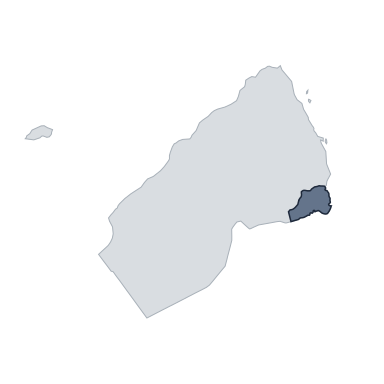 Yemen, with Sa`dah highlighted, rotated 163°
{"feature_id": "YEM-150", "entity_name": "Sa`dah", "entity_type": "Governorate", "adm_level": 1, "iso_a3": "YEM", "parent_name": "Yemen", "parent_adm1": "", "projection": "equal_earth", "projection_center": [43.78, 17.066], "detail": "fine", "context": "in_parent", "style": "filled", "palette": "slate", "viewbox_px": 384, "rotation_deg": 163, "n_neighbors": 0, "source": "natural_earth", "source_scale": "10m", "svg_char_len": 4256}
<svg xmlns="http://www.w3.org/2000/svg" viewBox="0 0 384 384"><g transform="rotate(163 192 192)"><path d="M299.6,159.7L287.7,165.4L284.5,168.0L281.7,171.1L279.6,175.0L278.2,181.9L279.4,188.2L279.4,191.6L276.3,193.8L273.4,195.5L270.2,197.9L268.2,198.5L266.7,200.5L264.8,201.9L258.1,205.4L250.8,208.2L239.2,211.5L234.7,215.0L230.6,217.5L224.4,218.2L215.8,221.6L211.1,224.4L205.2,228.8L203.9,230.2L202.9,233.5L201.1,236.3L197.6,240.9L194.9,243.3L193.1,243.5L189.6,244.8L185.5,245.0L178.6,243.4L176.9,244.5L175.4,246.3L170.1,249.5L164.7,255.9L160.8,257.6L154.4,259.6L149.9,262.2L146.9,263.3L143.0,263.8L135.8,263.6L129.0,264.5L122.7,266.3L119.8,269.7L116.4,275.1L110.9,277.3L109.6,279.3L107.9,283.2L104.3,284.3L101.1,284.9L97.7,283.2L91.5,288.0L89.1,288.8L85.6,289.0L83.0,290.0L81.2,289.7L78.9,287.8L74.1,285.5L70.6,287.0L70.3,282.5L64.4,268.6L65.6,256.6L65.6,254.9L64.5,249.5L61.0,244.6L61.1,238.4L60.0,233.9L59.0,229.4L59.3,228.1L59.4,227.0L57.6,220.0L57.0,218.6L56.8,217.1L57.4,216.0L57.4,214.7L56.4,212.5L55.5,208.4L50.7,205.2L51.7,202.2L52.6,203.2L53.9,204.1L54.1,202.2L54.1,200.7L52.2,191.6L55.1,179.5L54.2,168.6L58.6,164.2L59.8,162.9L60.4,161.7L61.5,159.2L62.9,158.4L63.4,155.8L63.4,154.5L62.5,153.4L61.8,150.3L62.0,146.4L62.2,144.8L62.7,141.9L64.3,140.8L64.7,139.9L63.5,138.0L63.6,136.9L66.2,133.8L67.3,132.9L69.0,131.9L70.3,131.9L71.9,132.5L73.2,133.4L74.6,134.9L76.0,136.7L78.2,137.4L79.6,137.3L80.9,138.0L81.9,137.6L83.0,136.7L84.9,136.7L86.5,135.7L91.3,135.2L95.8,135.5L100.6,134.6L105.4,134.7L110.2,134.8L111.2,134.9L112.3,135.4L116.3,138.2L119.4,138.8L125.6,139.5L132.2,140.3L137.9,141.0L142.7,140.4L146.7,139.8L147.8,139.9L149.0,141.7L151.5,145.9L153.8,149.9L157.8,150.2L160.3,148.6L163.1,146.5L164.9,144.9L166.8,138.3L168.1,134.1L171.0,129.3L173.4,125.4L176.7,120.1L178.4,117.2L182.0,111.4L185.4,109.2L191.9,104.9L198.3,100.6L202.5,97.9L206.1,96.6L212.0,95.5L219.1,94.3L226.1,93.0L233.6,91.6L241.9,90.1L247.7,89.1L255.0,87.8L261.0,86.7L266.4,85.7L272.0,84.7L273.1,87.9L274.2,91.0L275.3,94.2L276.4,97.4L277.5,100.6L278.6,103.8L279.7,107.0L280.8,110.2L281.9,113.4L283.0,116.5L284.1,119.7L285.2,122.9L286.3,126.1L287.4,129.3L288.6,132.5L289.7,135.7L290.7,138.8L292.5,139.9L293.5,142.8L295.0,147.0L296.6,151.3L298.1,155.5L299.6,159.7ZM317.8,289.0L319.3,289.4L321.6,288.3L328.0,288.1L335.9,291.7L334.4,292.7L333.6,294.0L330.1,295.2L326.8,298.0L316.9,299.3L314.0,298.6L311.6,295.9L307.1,292.4L308.8,290.2L309.2,289.1L309.8,288.2L312.3,286.5L314.8,286.7L317.8,289.0ZM53.8,245.9L53.4,246.6L53.0,246.4L51.5,244.7L53.2,242.8L54.0,244.5L53.8,245.9ZM49.1,202.9L48.4,203.6L48.1,202.4L48.6,199.6L49.4,198.8L49.9,200.9L49.6,202.0L49.1,202.9ZM53.0,254.5L51.4,255.5L52.5,252.9L53.6,252.4L53.9,252.5L53.0,254.5Z" fill="#d9dde1" stroke="#a8b0b8" stroke-width="1"/><path d="M69.4,131.7L69.8,131.8L70.6,131.9L71.0,132.0L72.8,133.0L73.8,133.8L74.2,134.4L75.4,136.2L76.4,137.2L76.9,137.4L77.3,137.4L78.2,137.3L79.2,137.4L79.6,137.3L80.1,137.1L80.3,137.2L80.3,137.6L80.2,138.2L80.3,138.5L80.5,138.7L80.8,138.8L81.4,138.7L81.7,138.2L82.0,137.6L82.4,137.0L82.9,136.7L83.3,136.7L84.2,137.3L84.9,137.4L85.3,137.2L85.7,136.6L86.0,135.8L86.4,135.5L86.9,135.6L87.9,135.9L88.3,135.9L90.1,135.4L92.5,135.0L93.9,135.1L95.5,135.5L96.2,135.5L97.7,134.8L98.2,134.6L103.0,134.7L106.0,134.7L105.5,144.9L103.5,146.2L102.1,146.0L100.6,146.0L99.0,146.5L97.7,147.1L94.5,149.1L94.1,149.7L93.1,151.5L92.8,151.8L92.4,152.8L92.2,153.1L91.8,153.1L91.4,153.8L90.4,154.6L90.1,154.8L89.9,155.0L89.6,155.1L89.3,155.3L88.8,155.8L88.5,156.4L88.0,157.5L87.7,159.1L87.3,160.3L85.6,160.9L84.6,160.9L83.6,160.6L81.1,159.3L79.4,158.8L78.5,158.7L77.9,159.0L77.5,159.3L76.9,159.8L76.4,160.0L73.3,161.0L70.6,160.7L68.8,160.8L68.3,160.7L67.9,160.4L63.9,159.0L63.4,158.5L63.3,157.8L63.1,157.3L63.0,156.9L63.3,156.2L63.6,156.0L63.8,155.9L64.0,155.7L64.1,155.4L64.0,155.0L63.9,154.6L63.6,154.4L62.7,154.0L62.5,153.8L62.2,152.6L61.7,151.3L61.6,150.8L61.7,150.0L62.1,148.8L62.2,148.1L62.2,147.4L62.1,146.7L61.9,146.2L61.8,145.7L62.0,145.0L62.5,143.8L62.6,143.1L62.6,142.4L62.7,141.7L63.2,141.2L63.9,140.9L64.4,140.7L64.9,140.4L65.0,139.7L64.8,139.1L64.3,138.6L62.9,138.0L63.0,137.9L64.2,136.0L66.2,133.8L67.2,133.0L68.3,132.1L68.9,131.8L69.4,131.7Z" fill="#64748b" stroke="#1e293b" stroke-width="1.5"/></g></svg>